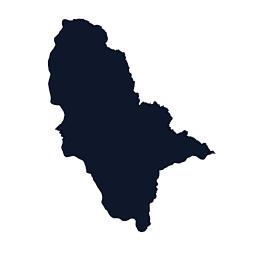 Phonthong, Louangphrabang, Laos, rotated 9°
{"feature_id": "54806243B14812805317737", "entity_name": "Phonthong", "entity_type": "district", "adm_level": 2, "iso_a3": "LAO", "parent_name": "Laos", "parent_adm1": "Louangphrabang", "projection": "albers", "projection_center": [103.126, 20.819], "detail": "fine", "context": "isolated", "style": "filled", "palette": "ink", "viewbox_px": 256, "rotation_deg": 9, "n_neighbors": 0, "source": "geoboundaries", "source_scale": "gbopen_adm2", "svg_char_len": 5820}
<svg xmlns="http://www.w3.org/2000/svg" viewBox="0 0 256 256"><g transform="rotate(9 128 128)"><path d="M39.2,74.2L39.8,78.0L41.3,83.0L43.7,86.4L43.7,88.8L43.1,93.3L42.9,96.7L44.7,102.0L47.5,108.9L47.9,111.4L47.9,113.7L48.2,114.7L48.6,115.1L51.1,115.9L53.7,115.9L56.4,115.6L57.8,116.2L62.5,121.6L64.0,124.8L63.7,130.3L62.2,133.4L62.1,134.7L60.5,135.7L58.3,138.8L57.7,139.3L57.2,140.2L58.4,140.2L58.6,140.3L58.7,140.7L59.7,140.9L60.7,140.5L61.5,141.1L62.2,140.6L62.9,140.7L63.1,141.2L63.0,141.9L62.4,141.9L61.9,142.3L61.6,143.3L62.7,143.6L64.3,143.3L64.5,144.0L63.6,145.2L63.7,145.8L64.1,146.3L65.0,146.4L65.7,146.1L66.3,146.2L66.2,146.8L66.4,147.4L65.5,149.5L66.3,151.2L66.5,153.1L65.8,157.1L66.2,158.4L67.3,160.3L67.9,160.8L68.4,162.3L69.8,164.8L71.3,165.7L72.8,165.5L77.8,163.4L79.7,163.4L81.3,163.9L84.4,165.3L89.0,166.6L90.4,168.1L92.9,172.6L93.5,174.6L94.1,175.4L94.2,177.0L94.6,177.9L95.7,178.2L99.1,178.4L100.2,180.9L101.4,182.1L102.2,183.5L102.2,184.2L104.8,186.8L107.5,190.5L112.6,196.1L113.9,199.3L114.3,201.6L114.4,202.8L114.0,204.2L114.2,205.7L115.4,207.2L117.2,209.1L118.7,211.4L119.9,211.5L120.9,212.5L123.0,215.4L124.9,217.3L127.6,218.6L132.3,217.9L134.3,218.2L137.0,219.8L139.9,219.6L142.0,218.5L144.3,216.6L146.5,215.9L148.8,216.0L151.0,218.3L151.3,222.4L152.1,224.0L154.8,227.6L155.6,227.5L157.0,228.0L157.9,227.9L160.4,226.8L160.7,226.4L160.9,225.4L162.0,224.3L161.8,223.2L162.0,222.3L162.4,221.8L163.2,221.4L164.9,219.2L163.6,217.2L163.4,214.5L162.8,212.4L162.3,211.8L162.1,210.7L161.5,210.1L161.1,208.4L161.8,206.8L161.8,206.2L161.4,205.2L161.4,204.4L160.5,200.1L161.3,198.1L161.9,197.7L163.0,197.3L163.5,196.7L163.8,196.0L163.6,194.5L165.9,192.5L166.1,192.1L166.1,190.8L164.9,188.4L165.6,187.4L165.4,186.0L166.2,183.9L165.0,183.0L164.2,181.6L164.5,180.5L165.6,179.7L165.8,178.7L164.9,177.9L163.7,175.9L164.0,174.1L165.3,172.4L165.6,169.8L165.2,166.6L164.4,165.1L164.5,164.7L168.6,163.2L169.8,161.7L172.2,160.1L173.1,159.1L174.2,158.3L177.2,156.8L178.6,154.8L179.4,154.4L183.4,154.4L184.7,154.0L186.7,152.4L187.3,152.4L188.7,151.7L189.4,150.9L190.5,148.2L191.1,147.6L193.6,146.4L194.2,145.7L196.3,144.3L197.8,144.6L199.6,144.4L204.3,146.7L205.7,146.9L207.2,146.8L207.8,146.4L209.9,142.3L211.3,141.1L211.7,141.2L213.4,140.5L214.7,139.1L216.8,139.1L215.5,137.9L213.8,138.5L212.0,138.1L211.2,136.6L210.1,135.9L210.0,135.5L209.4,135.3L209.0,134.1L208.4,133.4L207.4,132.8L207.2,132.5L207.1,131.7L206.6,131.4L206.0,131.7L205.3,131.5L204.4,132.4L203.2,133.1L202.2,132.7L202.0,132.2L201.3,131.9L201.2,131.4L200.7,131.3L200.3,130.9L198.8,130.1L198.2,130.2L197.3,130.0L196.1,128.9L195.6,128.7L195.4,128.9L194.1,127.8L193.2,127.9L192.5,127.4L191.6,127.6L191.1,127.2L189.3,127.8L188.0,127.0L187.5,127.2L186.9,127.1L186.2,125.9L186.3,125.3L186.8,125.1L187.2,124.2L187.0,123.5L187.1,123.0L186.9,122.7L186.1,123.1L185.5,122.2L184.1,122.0L184.0,123.0L183.6,123.5L183.3,123.3L183.1,123.6L182.6,123.6L182.4,124.2L182.5,124.4L182.0,124.7L180.5,124.8L180.0,125.4L178.5,126.3L178.3,126.9L177.4,126.6L176.7,126.8L175.8,126.5L175.3,125.6L174.8,125.5L174.6,125.1L173.7,124.9L173.3,124.1L172.8,124.3L172.0,123.8L172.1,123.2L170.4,123.8L170.0,123.2L170.0,122.9L169.4,122.4L168.9,122.4L169.6,121.4L168.7,120.8L167.6,120.9L167.4,119.1L167.7,118.8L167.0,118.2L167.5,117.2L168.1,116.6L168.0,114.9L168.6,114.5L168.6,114.0L169.7,112.4L169.8,111.3L167.5,109.6L167.1,109.1L167.2,108.4L166.2,107.3L164.4,106.4L163.3,106.3L164.7,104.5L164.3,104.1L164.1,103.5L162.9,102.8L161.1,102.4L160.1,102.7L159.7,102.2L159.3,102.0L159.2,101.2L157.7,102.3L157.4,102.8L156.1,102.5L155.2,101.3L155.0,100.6L154.0,100.7L153.4,100.2L152.4,100.0L152.3,99.4L151.6,98.7L150.7,99.0L150.5,98.1L149.9,98.4L150.0,99.9L148.9,101.1L147.8,101.5L146.2,101.6L145.7,102.2L145.7,101.8L145.2,102.0L145.3,101.6L145.0,101.9L144.6,101.7L144.4,101.3L143.8,101.6L143.4,101.3L143.1,101.4L143.1,101.2L142.3,100.8L142.0,101.1L141.7,100.7L141.4,100.6L141.0,101.1L139.7,101.0L139.5,100.4L139.1,100.4L137.7,101.9L136.6,104.3L136.3,104.5L135.3,104.2L134.0,103.1L134.0,102.6L134.5,101.2L134.1,100.2L134.9,99.6L134.2,97.8L132.7,97.6L132.7,96.0L133.3,95.5L133.2,94.6L132.4,93.5L132.5,92.7L131.5,92.3L130.8,92.7L129.3,92.7L128.7,91.9L127.9,91.8L126.5,89.7L127.1,88.3L126.9,87.5L127.2,86.1L126.9,85.7L127.1,84.3L126.8,83.1L127.0,82.4L126.7,81.4L126.4,81.6L125.3,81.4L124.7,79.4L124.2,78.8L123.8,78.4L122.9,78.5L122.9,77.3L122.3,76.1L122.7,75.7L122.7,75.1L122.1,74.7L121.9,74.0L121.3,74.0L120.1,73.1L119.6,72.3L119.4,71.3L119.1,71.0L119.4,68.4L118.6,68.2L118.1,66.6L117.2,65.4L117.0,64.4L116.8,64.2L116.4,64.4L116.2,63.2L115.3,62.7L115.5,62.3L115.2,62.0L115.2,61.6L114.8,61.6L113.7,61.0L113.6,60.3L114.3,59.4L113.9,59.0L114.1,58.6L113.8,58.4L113.4,57.5L112.3,57.0L112.3,56.6L112.9,55.9L112.4,55.3L112.5,54.8L111.4,54.6L110.9,55.0L109.9,54.9L109.3,54.3L108.4,54.0L106.5,52.8L106.0,53.5L105.0,53.0L104.2,54.1L103.6,54.0L103.0,54.5L102.5,53.9L101.4,53.2L100.5,53.7L99.7,53.2L99.3,53.4L98.5,53.2L97.4,52.4L97.0,52.5L96.4,52.0L95.3,52.4L94.4,51.4L93.7,51.1L93.3,50.4L93.3,49.6L92.2,48.8L91.9,48.9L91.9,48.3L91.6,47.9L92.0,46.9L92.6,46.4L93.2,45.5L93.5,43.8L93.2,42.1L92.6,41.2L91.5,38.5L91.5,37.7L90.2,37.1L89.8,36.8L89.7,36.0L88.8,35.8L87.9,34.9L87.2,34.6L86.6,34.8L85.8,33.9L85.4,33.1L85.7,32.6L83.6,31.8L81.4,31.6L79.0,32.6L77.9,32.5L76.5,31.9L76.3,31.5L75.7,31.3L74.8,31.3L74.2,30.9L73.8,31.1L73.0,31.1L72.5,30.6L72.7,29.7L71.0,29.0L68.0,28.7L66.9,28.0L66.3,28.4L65.2,28.1L64.4,28.4L63.1,28.4L61.3,28.8L60.1,29.5L58.7,29.6L58.5,29.4L57.7,29.5L57.5,29.8L58.0,30.3L57.2,31.0L53.6,31.7L49.8,31.1L48.6,31.1L47.4,31.7L47.1,32.1L47.0,32.8L47.0,35.0L47.5,36.3L48.5,37.9L48.6,38.6L47.7,40.9L46.0,43.8L45.4,46.0L41.8,50.7L41.7,51.3L42.0,52.9L42.6,54.3L44.0,56.6L43.9,58.1L42.6,61.7L41.2,63.9L40.6,65.5L40.1,66.2L39.9,70.6L39.2,74.2Z" fill="#0f172a" stroke="#020617" stroke-width="1.5"/></g></svg>